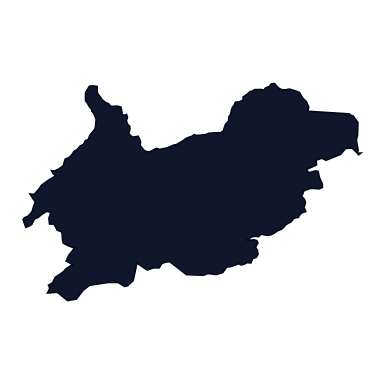 outline of Iguaracy, Pernambuco, Brazil
{"feature_id": "56859067B60257511130635", "entity_name": "Iguaracy", "entity_type": "district", "adm_level": 2, "iso_a3": "BRA", "parent_name": "Brazil", "parent_adm1": "Pernambuco", "projection": "albers", "projection_center": [-37.408, -7.849], "detail": "fine", "context": "isolated", "style": "filled", "palette": "ink", "viewbox_px": 384, "rotation_deg": 0, "n_neighbors": 0, "source": "geoboundaries", "source_scale": "gbopen_adm2", "svg_char_len": 3095}
<svg xmlns="http://www.w3.org/2000/svg" viewBox="0 0 384 384"><path d="M357.2,153.1L358.2,150.5L356.4,139.8L357.6,135.2L358.0,122.4L355.0,118.5L353.2,115.9L350.9,115.2L349.1,113.8L307.9,111.2L308.8,107.0L306.4,101.5L303.0,98.4L299.5,92.4L295.2,90.8L289.5,89.0L284.9,89.9L281.5,89.5L279.3,88.4L277.2,86.7L274.5,83.4L271.0,84.0L269.4,86.3L265.4,88.0L264.0,90.1L260.9,89.4L254.4,89.6L252.5,91.0L250.1,91.5L247.2,94.1L242.9,97.1L243.3,99.8L239.3,101.8L235.4,102.1L234.2,105.2L232.7,106.9L231.5,109.7L231.1,111.9L230.5,114.4L228.8,116.7L228.7,120.7L225.5,124.2L224.3,127.5L223.3,130.8L220.7,132.7L214.7,132.7L208.4,133.3L205.6,134.6L202.9,134.6L200.6,135.2L196.4,135.4L194.1,134.6L191.7,136.3L188.8,137.2L185.9,138.5L182.7,140.9L178.9,143.1L176.4,144.5L173.8,145.0L167.2,147.8L159.6,149.4L156.3,148.3L149.4,151.9L146.7,151.6L144.1,150.3L140.2,145.5L140.6,141.8L139.5,138.7L138.2,136.2L132.3,137.1L128.8,133.5L130.0,129.0L129.8,126.3L127.6,124.2L126.4,120.8L127.5,117.3L126.6,114.4L124.1,115.3L122.3,114.0L121.6,109.9L120.9,106.9L116.5,106.0L113.0,106.3L110.4,106.1L108.6,103.6L105.6,102.5L102.2,99.7L100.7,97.5L97.5,93.2L97.1,89.9L97.3,86.4L92.7,85.8L89.4,86.2L85.6,92.3L85.4,97.3L85.5,100.7L87.4,103.2L89.0,106.3L91.4,109.1L91.9,111.3L93.6,113.2L96.1,119.3L95.7,123.5L95.4,126.7L94.9,129.0L89.5,135.6L88.4,139.3L85.4,140.6L83.2,144.5L80.2,145.9L78.4,148.0L76.9,149.7L74.0,151.2L72.4,153.9L69.9,156.9L65.1,159.2L63.2,165.6L58.3,169.2L54.2,171.0L51.4,170.5L52.9,173.6L55.8,175.8L48.9,179.8L41.5,185.2L40.3,187.0L37.9,190.2L34.1,194.4L29.9,193.9L32.8,198.5L35.3,201.9L33.4,206.7L32.4,210.6L31.1,212.8L28.2,216.0L24.3,217.8L23.0,219.7L25.8,227.4L29.0,226.1L31.8,224.5L34.5,219.0L37.9,217.6L42.7,213.8L46.7,211.4L50.8,212.4L48.8,218.3L49.5,224.1L54.0,224.1L56.0,228.0L57.2,230.2L61.8,232.0L62.6,240.7L63.2,243.3L69.4,246.3L74.5,248.1L68.7,255.3L66.0,261.1L72.5,264.5L65.7,268.9L63.3,271.8L55.2,277.3L52.5,282.8L48.4,285.2L49.8,288.2L47.4,293.1L57.3,292.3L67.5,300.6L76.4,299.1L83.2,290.3L89.6,285.3L108.4,282.5L118.0,282.5L124.6,286.5L127.5,285.9L133.2,280.7L134.9,273.0L136.9,263.2L147.2,270.1L153.3,267.9L159.2,267.9L161.9,263.5L165.9,262.1L169.7,261.7L175.4,266.1L178.5,268.5L186.5,274.7L203.5,275.3L207.9,273.6L216.4,274.6L222.9,272.5L226.7,267.1L230.6,266.7L235.0,265.2L238.7,263.8L241.2,265.0L244.2,264.3L247.0,262.7L250.9,263.0L252.6,258.7L256.4,257.3L258.1,254.1L257.5,250.1L255.6,247.8L256.5,245.4L258.0,242.9L256.8,240.6L254.1,239.7L250.4,240.1L247.2,239.9L252.2,236.7L255.9,236.4L258.3,236.8L261.3,234.2L267.2,235.5L271.0,234.8L274.0,233.4L277.3,231.0L281.2,229.4L283.5,227.6L285.9,224.7L291.4,221.6L293.6,218.4L298.5,217.4L299.5,215.1L302.4,212.6L305.9,211.6L304.0,207.3L305.1,204.4L305.5,201.9L304.2,199.0L301.5,196.3L302.8,194.1L303.6,191.1L310.4,188.4L317.0,188.7L319.1,189.0L322.5,187.4L322.3,183.6L320.5,180.0L319.3,176.8L318.1,171.3L315.3,170.9L308.8,172.7L306.4,169.5L316.6,165.0L316.2,160.2L321.9,158.3L326.1,160.3L340.8,154.3L345.6,148.5L348.2,148.3L352.0,148.1L357.2,153.1ZM361.0,153.0L357.2,153.1L358.5,154.9L361.0,153.0Z" fill="#0f172a" stroke="#020617" stroke-width="1.5"/></svg>